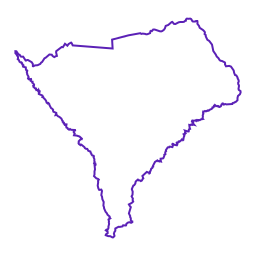 the district of Angonia, Tete, Mozambique
{"feature_id": "85939544B12573256040215", "entity_name": "Angonia", "entity_type": "district", "adm_level": 2, "iso_a3": "MOZ", "parent_name": "Mozambique", "parent_adm1": "Tete", "projection": "mercator", "projection_center": [34.103, -14.769], "detail": "fine", "context": "isolated", "style": "outline", "palette": "violet", "viewbox_px": 256, "rotation_deg": 0, "n_neighbors": 0, "source": "geoboundaries", "source_scale": "gbopen_adm2", "svg_char_len": 5747}
<svg xmlns="http://www.w3.org/2000/svg" viewBox="0 0 256 256"><path d="M232.3,104.0L232.4,103.4L232.8,103.0L234.5,102.6L234.8,102.2L235.9,101.8L237.5,100.2L237.5,97.9L238.0,95.9L239.9,94.3L240.6,92.5L240.5,91.1L238.8,89.9L238.5,88.9L239.0,85.9L238.8,85.0L238.3,84.3L238.1,82.8L238.7,81.7L238.7,80.8L238.3,79.5L237.7,78.6L237.5,77.4L236.3,75.4L235.0,75.0L234.1,72.7L233.7,70.5L231.0,66.6L229.2,65.9L226.0,66.3L225.0,64.4L225.1,63.0L224.8,62.4L222.0,61.0L220.4,60.7L219.4,59.8L218.5,58.2L216.7,56.5L215.8,54.6L213.3,51.0L212.0,44.6L209.2,40.9L207.4,39.8L205.8,36.5L205.7,35.0L204.6,34.1L204.9,32.4L204.6,31.7L203.1,30.1L199.7,27.8L199.0,25.9L197.4,23.8L197.5,22.0L197.3,21.0L196.0,21.0L195.2,21.5L192.9,21.5L192.4,21.2L191.2,19.1L190.2,18.6L188.4,18.8L186.9,18.6L185.9,19.5L185.9,20.7L184.9,21.0L184.2,21.7L183.0,22.0L180.2,22.0L178.7,22.3L175.4,24.0L174.0,23.9L172.3,21.9L171.6,22.1L168.2,25.0L165.7,25.9L164.9,28.4L163.9,29.8L162.3,31.0L161.2,31.4L159.9,31.3L154.6,29.5L153.2,29.5L151.9,31.1L151.0,30.8L150.4,31.2L150.1,33.1L147.4,34.2L146.1,34.3L145.1,33.9L142.7,33.6L141.3,33.9L140.3,33.2L128.6,35.3L112.1,39.6L112.6,48.5L72.7,45.4L71.7,43.2L71.1,42.6L68.6,44.0L67.4,45.7L65.0,43.8L62.9,47.2L61.7,47.0L56.2,51.2L56.1,52.4L56.9,55.9L55.8,56.2L54.3,57.1L52.6,56.0L51.8,54.7L49.4,54.5L45.7,57.7L44.5,58.3L42.1,62.0L41.1,62.6L40.3,63.9L37.6,65.2L35.0,65.4L33.2,66.3L32.9,66.2L32.8,63.9L31.7,62.2L27.9,60.0L27.1,60.0L26.2,60.5L25.6,60.5L23.2,56.7L21.1,56.7L20.2,55.8L19.7,54.8L18.4,54.3L16.4,51.3L15.4,51.2L15.4,53.2L16.5,54.4L17.2,55.8L17.9,56.4L18.1,58.2L17.7,59.1L18.9,60.1L19.5,61.7L20.6,62.5L21.4,62.3L22.1,63.1L22.0,63.7L22.4,64.0L22.4,64.6L23.4,65.1L23.5,66.0L23.0,66.4L23.1,66.7L25.8,67.4L25.9,69.5L26.4,70.4L27.1,70.4L27.3,70.7L26.8,72.6L27.2,73.5L27.2,74.4L28.5,76.6L28.7,78.2L28.5,78.4L28.1,78.2L28.0,78.5L28.8,79.3L31.0,79.0L31.1,79.5L30.4,80.2L30.5,80.7L31.8,81.6L32.5,81.7L32.3,82.7L33.4,83.6L34.1,84.7L34.0,85.4L33.2,85.8L33.5,87.0L34.4,87.4L34.7,88.2L36.0,88.5L35.9,89.3L36.3,90.1L37.2,89.9L38.1,91.1L38.6,90.0L38.9,90.8L39.7,91.2L39.4,92.5L38.8,93.1L38.8,94.0L42.4,95.5L42.8,96.3L42.4,97.0L43.4,97.3L43.6,98.0L45.1,99.4L46.1,100.9L46.6,102.6L47.6,103.4L47.9,102.9L48.3,102.9L49.3,104.1L49.4,104.9L51.0,108.0L52.4,108.9L53.1,109.8L53.0,110.5L53.4,111.7L56.3,112.9L56.4,113.3L55.6,115.1L56.7,114.9L57.9,116.2L59.4,116.9L61.4,118.6L62.2,120.5L62.7,120.9L62.7,121.9L63.9,122.6L63.7,123.5L64.2,123.8L64.8,125.0L65.4,125.2L65.8,124.3L66.5,124.4L66.2,126.0L66.4,127.5L67.6,128.1L67.8,128.8L69.1,129.7L70.0,129.0L71.1,129.8L75.0,130.0L75.1,130.5L73.9,131.0L73.7,131.4L73.7,132.2L74.7,133.5L74.0,135.3L76.7,135.6L79.5,136.5L81.9,138.7L81.7,139.2L81.0,139.1L80.3,139.6L78.7,141.3L78.8,142.2L78.5,143.1L78.9,144.0L80.4,145.1L80.8,144.5L81.3,144.6L84.4,147.1L84.9,148.1L86.0,148.8L87.3,148.9L88.3,150.8L90.4,151.5L90.6,152.7L91.3,153.4L91.4,154.3L92.2,155.4L93.7,155.8L93.9,156.6L93.6,157.3L94.4,159.2L94.3,161.0L94.7,161.9L94.0,163.3L94.4,163.9L95.4,163.7L95.6,164.6L95.4,165.2L94.6,165.4L95.0,169.4L94.5,171.3L94.5,174.5L94.0,176.1L96.4,178.4L98.0,178.9L98.8,179.6L98.0,180.9L98.2,182.0L97.7,185.7L98.4,188.5L99.2,189.9L101.3,189.6L102.0,191.0L101.3,195.1L102.0,196.6L102.4,199.3L103.7,202.0L103.4,205.6L104.0,207.2L104.1,208.4L105.6,211.8L106.9,213.3L107.5,214.7L109.6,216.5L109.8,217.2L109.5,217.8L110.2,218.4L108.5,219.5L109.0,221.4L108.8,222.2L109.1,223.9L108.4,226.7L108.5,227.9L107.6,229.8L106.5,229.6L105.8,230.3L107.6,231.7L107.7,233.1L105.9,234.4L105.7,235.2L108.1,236.1L110.3,236.2L112.4,237.4L113.3,237.3L114.5,235.9L113.9,233.6L114.5,231.9L115.3,230.8L115.3,228.5L118.5,226.8L119.8,226.9L122.5,226.4L123.1,225.3L125.9,225.5L126.1,225.3L126.3,224.0L127.7,222.7L129.3,222.2L131.1,222.8L132.3,222.2L132.3,221.4L131.4,221.1L130.8,220.2L130.8,218.2L130.1,217.0L130.2,216.1L128.9,213.4L130.8,207.1L129.8,206.0L128.9,204.4L131.6,203.0L133.2,201.6L132.6,200.0L132.9,198.7L131.6,196.3L132.5,194.8L132.7,191.7L131.8,189.1L133.3,185.6L134.2,185.2L135.3,183.6L135.6,181.8L136.2,181.0L137.9,179.6L138.5,180.3L139.8,180.3L140.8,181.1L141.9,180.5L142.7,178.9L143.3,178.4L142.4,176.0L146.8,171.9L149.3,173.0L149.4,173.4L149.8,173.2L150.0,172.3L149.9,171.5L150.6,170.8L151.2,168.7L152.1,168.1L152.4,167.8L152.4,167.1L153.2,166.6L153.0,165.8L155.0,161.9L157.4,160.4L158.1,161.2L159.0,161.0L159.5,161.5L160.3,161.3L161.0,161.5L160.6,159.9L160.6,158.7L163.0,158.4L163.5,157.9L164.4,155.5L164.3,154.7L165.4,154.2L165.2,152.7L165.6,151.4L166.1,151.1L165.9,150.1L167.7,147.4L169.2,147.3L169.4,146.7L169.8,146.6L172.4,147.1L172.9,145.6L172.3,144.2L172.6,143.8L173.2,143.9L174.3,144.8L176.9,145.3L177.3,144.6L176.6,142.8L176.7,142.6L177.9,142.7L178.5,141.5L179.0,141.3L179.5,141.7L181.1,140.4L181.9,139.3L182.5,139.4L183.0,140.2L183.3,140.0L183.7,137.3L184.4,135.7L183.6,134.2L184.1,134.0L184.7,134.2L185.7,133.2L185.0,132.5L185.3,131.2L185.0,130.6L188.1,131.5L188.7,131.4L188.9,129.4L190.1,128.9L189.5,127.1L189.3,124.9L190.3,125.1L191.3,124.4L192.1,125.0L193.5,124.6L194.2,124.8L193.2,123.6L193.2,122.8L192.8,122.7L191.9,121.5L192.2,120.6L192.6,120.5L193.4,121.0L193.9,120.6L195.3,120.6L195.9,120.2L196.3,120.9L196.9,120.3L197.2,120.7L197.9,120.7L198.4,120.5L198.4,120.0L199.9,120.1L200.6,119.5L203.0,119.0L202.4,118.3L202.7,117.9L202.9,116.2L202.7,115.3L203.4,113.7L203.0,113.0L203.2,111.5L204.1,111.6L204.9,111.0L205.9,111.4L206.4,110.9L207.1,111.0L208.0,110.3L208.7,110.7L209.8,109.7L211.7,108.9L212.3,108.2L212.4,107.5L213.3,107.4L213.5,106.7L214.3,106.5L214.1,105.6L214.7,105.4L214.9,105.0L216.2,106.0L217.0,106.2L217.6,106.0L218.0,106.4L218.5,106.2L218.8,106.8L219.6,107.0L220.9,106.2L221.5,104.5L222.0,104.4L222.2,103.9L222.7,104.1L223.0,103.6L223.9,104.6L225.1,104.0L226.5,104.4L232.3,104.0Z" fill="none" stroke="#5b21b6" stroke-width="2"/></svg>